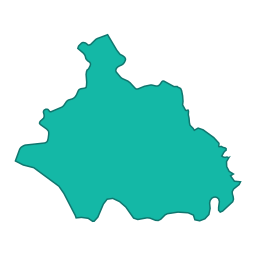 the border of Viterbo
{"feature_id": "ITA-5423", "entity_name": "Viterbo", "entity_type": "Province", "adm_level": 1, "iso_a3": "ITA", "parent_name": "Italy", "parent_adm1": "", "projection": "natural_earth1", "projection_center": [11.993, 42.499], "detail": "fine", "context": "isolated", "style": "filled", "palette": "teal", "viewbox_px": 256, "rotation_deg": 0, "n_neighbors": 0, "source": "natural_earth", "source_scale": "10m", "svg_char_len": 2745}
<svg xmlns="http://www.w3.org/2000/svg" viewBox="0 0 256 256"><path d="M76.1,217.9L75.3,215.5L63.9,193.4L58.9,186.2L33.8,167.7L23.3,165.0L15.4,161.0L15.4,160.9L19.7,149.2L20.3,148.3L21.1,147.3L22.9,146.1L24.1,145.5L25.2,145.1L44.6,143.0L45.5,142.7L46.4,142.2L47.1,141.6L47.7,140.3L48.2,138.3L48.7,134.4L48.7,132.4L48.4,131.0L47.8,130.3L46.6,129.0L40.6,124.7L40.0,124.1L39.5,123.3L39.7,122.2L40.5,121.0L43.7,118.1L44.2,116.3L44.1,115.0L43.9,113.9L43.6,113.0L43.4,112.0L43.6,111.0L44.2,110.1L45.8,109.2L47.0,109.2L48.0,109.5L49.6,111.4L50.2,111.8L51.1,111.7L61.7,107.2L62.5,106.7L63.2,106.1L63.8,105.5L66.5,101.5L67.5,100.6L68.5,100.0L72.3,98.9L73.9,98.0L75.2,96.8L75.8,95.9L76.5,94.8L78.2,90.9L78.6,90.2L79.1,89.6L79.6,89.3L80.3,89.0L81.1,88.7L84.4,88.2L85.3,87.9L86.1,87.5L86.5,85.4L86.7,82.2L86.1,74.5L86.5,71.6L87.2,69.9L88.0,69.4L88.6,68.8L89.5,67.1L90.3,65.4L90.5,64.4L90.4,63.3L89.7,62.2L87.9,61.0L86.8,59.9L85.9,58.7L85.1,55.6L84.2,54.2L83.4,53.2L77.8,48.4L78.5,46.3L78.9,45.7L81.5,43.1L82.4,42.6L83.6,42.5L85.5,43.0L86.5,43.7L88.0,45.0L89.1,45.1L90.6,44.5L95.8,39.4L97.4,38.5L107.6,34.7L116.9,50.4L120.0,54.3L122.7,55.7L124.7,57.3L125.4,58.6L125.5,59.7L125.2,60.6L124.8,61.5L124.4,62.3L123.9,63.0L123.3,63.8L121.8,64.9L119.3,66.0L117.8,66.9L117.0,67.7L116.3,68.6L115.8,70.1L115.9,71.2L116.3,72.1L120.2,76.8L121.3,77.9L122.4,78.6L127.9,81.1L130.0,82.7L135.1,88.2L136.2,89.0L137.2,89.0L138.0,88.9L144.4,86.3L150.6,85.0L151.7,85.0L155.9,86.0L157.0,86.0L158.0,85.9L158.8,85.4L159.5,84.9L160.1,84.2L161.7,81.9L162.3,81.3L163.0,81.0L163.9,81.1L174.0,86.6L177.2,86.5L177.6,87.0L180.6,88.5L181.6,90.7L182.6,95.8L183.0,101.4L182.6,104.9L185.5,110.2L186.2,110.6L187.2,110.2L188.1,110.1L188.5,111.2L188.3,114.8L189.0,118.1L189.4,122.6L189.9,124.9L190.7,126.0L193.1,128.4L194.3,130.3L198.1,128.1L203.1,129.8L213.8,137.6L218.9,143.2L219.0,143.8L218.7,146.0L218.9,146.6L219.5,146.7L221.2,146.4L221.7,146.6L222.7,147.3L225.1,147.9L226.1,148.6L226.1,150.2L224.8,151.2L223.8,152.4L221.8,156.0L223.4,157.1L225.1,157.4L227.0,157.0L228.7,157.7L228.9,157.6L226.5,161.6L226.7,166.7L229.2,171.4L233.4,174.0L230.5,175.8L234.4,181.2L240.5,181.8L239.1,184.6L233.6,189.0L232.2,191.7L232.4,194.1L233.1,196.4L233.5,199.2L232.7,201.7L222.7,211.0L220.2,212.1L218.6,210.2L218.6,207.4L219.4,201.7L218.7,199.0L217.2,197.6L215.3,197.0L213.4,197.3L211.7,198.3L210.1,200.5L209.6,203.0L210.1,208.5L208.9,214.5L204.9,218.8L199.7,220.8L194.9,219.8L193.4,215.1L188.2,212.8L178.0,212.1L167.4,213.7L165.1,214.9L160.8,219.2L158.2,220.5L155.5,220.3L149.9,218.1L147.1,217.8L137.8,219.5L133.6,218.1L125.8,207.0L119.6,201.6L112.8,198.4L107.1,199.2L103.4,204.0L97.8,217.2L94.2,221.2L92.6,221.3L88.2,218.3L81.5,217.4L76.1,217.9Z" fill="#14b8a6" stroke="#0f766e" stroke-width="1.5"/></svg>